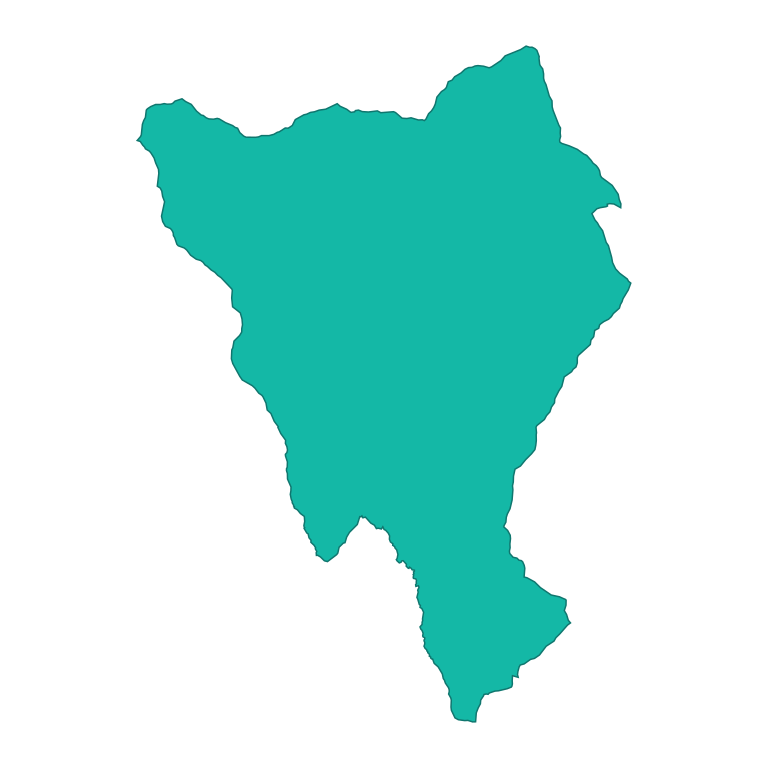 outline of Grinties, Neamt, Romania
{"feature_id": "2599482B9403430528058", "entity_name": "Grinties", "entity_type": "district", "adm_level": 2, "iso_a3": "ROU", "parent_name": "Romania", "parent_adm1": "Neamt", "projection": "orthographic", "projection_center": [25.842, 47.011], "detail": "fine", "context": "isolated", "style": "filled", "palette": "teal", "viewbox_px": 768, "rotation_deg": 0, "n_neighbors": 0, "source": "geoboundaries", "source_scale": "gbopen_adm2", "svg_char_len": 6097}
<svg xmlns="http://www.w3.org/2000/svg" viewBox="0 0 768 768"><path d="M570.5,622.9L568.3,620.3L566.6,614.6L564.3,610.6L566.0,605.2L566.1,600.2L565.7,599.6L559.5,596.8L551.2,595.0L540.4,587.6L534.6,581.9L527.1,577.8L524.1,577.0L524.8,568.3L524.2,565.3L522.6,561.7L521.3,560.6L519.0,560.2L516.9,558.1L513.1,557.3L509.7,553.4L509.4,551.1L510.1,547.8L509.9,543.9L510.5,538.6L510.2,535.2L507.6,530.4L503.8,526.9L504.1,525.5L505.9,522.1L506.3,517.3L507.4,513.9L510.0,508.8L512.1,500.0L512.9,489.8L512.5,485.8L513.3,482.0L513.5,476.1L515.0,469.2L520.5,466.0L525.7,459.6L531.6,453.7L534.9,449.6L535.8,445.2L536.3,440.6L536.2,434.7L536.5,432.8L536.0,427.3L536.8,425.6L544.4,419.5L546.5,415.6L549.9,411.9L551.5,407.0L554.5,402.8L554.8,398.8L558.9,390.8L561.8,386.4L564.2,376.9L571.6,371.7L573.1,369.3L576.0,367.0L577.3,363.0L577.3,357.8L578.2,355.5L590.3,344.5L590.9,340.2L593.7,336.7L594.7,330.4L598.7,328.3L599.6,324.9L600.5,324.0L603.8,321.6L608.6,319.2L611.3,316.7L613.3,313.6L619.4,308.1L620.4,304.6L622.0,301.8L623.0,298.7L628.3,289.9L630.8,283.1L628.5,281.3L627.3,279.0L619.6,273.2L615.6,268.9L612.6,262.7L611.6,257.2L608.4,245.6L606.2,242.4L602.6,230.7L599.1,226.0L597.5,223.0L595.0,220.0L591.9,213.6L596.8,208.8L600.1,207.7L606.1,206.7L607.5,206.0L607.2,204.2L609.6,203.6L613.9,204.0L620.7,207.7L620.9,203.9L619.2,199.4L618.2,194.3L612.2,185.4L601.6,177.5L600.4,175.5L599.5,170.7L598.2,168.2L596.3,165.7L593.0,163.1L591.0,160.2L586.7,155.4L583.7,154.0L577.4,149.4L569.1,145.8L561.7,143.4L559.8,142.0L559.6,139.9L560.6,136.5L560.2,133.1L560.5,128.0L558.9,125.3L553.1,110.4L552.2,106.9L552.0,100.8L549.3,96.1L546.0,84.6L544.3,81.2L543.6,78.2L543.6,73.9L542.7,68.9L540.3,65.7L539.7,64.3L539.0,58.2L539.2,56.6L536.9,50.4L534.9,48.6L532.1,47.2L529.7,47.3L526.1,46.1L520.8,49.5L505.2,55.8L500.9,60.6L491.5,66.9L489.1,67.8L483.6,66.2L477.9,65.6L475.0,66.0L472.1,67.3L468.5,67.6L465.0,69.3L461.0,73.0L454.7,76.7L452.0,80.2L448.3,81.7L446.3,87.6L444.4,89.6L441.4,91.6L436.9,97.1L435.3,104.0L433.7,107.6L431.5,110.9L428.6,113.7L425.9,119.2L424.3,120.6L422.4,119.8L418.5,120.0L411.1,117.8L406.9,118.5L402.1,118.2L395.6,112.6L393.6,111.7L380.8,112.7L377.4,110.9L368.4,112.0L362.2,111.6L358.5,110.1L355.4,110.6L354.6,111.8L350.9,112.4L346.6,109.2L340.2,106.3L337.2,103.7L325.7,109.2L319.2,110.1L314.4,111.8L310.5,112.4L306.6,114.2L303.9,114.8L295.3,119.6L292.3,125.5L288.2,128.2L285.2,128.0L279.3,131.8L277.3,132.3L273.9,134.3L269.1,135.6L261.5,135.6L258.6,136.9L255.6,137.3L246.0,137.2L243.7,136.1L239.8,132.6L237.6,128.2L235.1,127.4L232.7,125.6L225.6,122.7L219.2,118.9L217.2,118.4L213.5,119.2L208.8,118.9L206.2,117.8L203.3,115.5L201.3,115.1L196.6,111.2L191.3,104.4L185.7,101.6L182.0,98.8L175.0,101.1L172.8,103.3L171.2,104.0L167.1,104.2L164.2,103.6L160.3,104.5L155.6,104.5L150.7,106.6L147.4,108.8L146.3,110.1L145.4,117.5L143.7,120.6L142.4,124.3L141.3,134.9L140.5,136.6L137.2,140.5L140.3,141.5L142.7,145.1L144.7,147.2L145.4,148.8L149.5,151.2L151.1,153.2L154.1,158.0L155.7,163.0L158.5,169.3L158.8,173.5L157.3,186.2L160.2,188.0L161.8,191.1L162.6,196.4L164.6,201.7L161.5,216.2L162.7,221.6L165.4,226.3L170.4,228.5L172.0,230.4L173.2,232.8L173.4,235.7L174.6,237.5L176.9,244.3L178.3,245.8L184.3,248.0L186.7,250.0L190.6,255.2L196.2,259.2L200.7,260.5L203.0,262.2L205.1,265.0L207.4,266.4L211.1,269.9L214.9,272.3L217.8,275.4L221.0,277.6L231.9,289.1L232.3,290.4L231.7,298.0L232.6,306.8L240.3,312.9L242.0,318.9L242.5,324.9L241.8,328.4L241.7,332.1L239.6,335.5L234.0,341.1L232.8,347.8L231.8,349.9L231.4,358.8L232.8,363.6L239.8,376.4L242.3,380.0L252.3,385.7L254.9,388.1L258.8,393.2L261.9,395.3L263.1,397.0L266.0,403.1L267.2,410.0L270.9,413.4L274.3,421.4L278.3,426.7L277.9,427.4L280.8,433.6L285.6,440.2L285.4,443.4L286.9,446.6L287.5,450.0L286.9,452.6L285.4,454.3L285.5,456.0L287.4,461.8L287.2,467.3L286.5,468.7L286.5,470.7L287.4,473.5L287.5,479.0L291.0,487.0L290.9,490.7L290.3,494.4L291.2,499.1L292.3,501.7L292.2,502.8L293.6,505.1L293.6,506.1L294.4,506.7L294.1,507.4L294.4,508.1L297.4,509.8L300.4,513.5L304.3,516.4L304.7,521.5L303.9,525.5L304.2,527.2L304.7,527.7L304.1,528.4L306.8,533.0L308.1,533.8L309.0,537.8L311.0,540.2L310.9,542.3L314.1,545.3L315.6,547.8L315.3,548.8L316.8,551.5L316.2,552.7L316.4,555.4L317.6,555.3L320.4,556.9L324.4,560.8L327.5,561.6L336.6,554.7L337.8,553.1L339.1,547.2L343.3,543.1L345.0,542.7L346.7,537.0L349.5,532.3L357.3,524.5L359.8,516.6L361.0,516.8L361.9,515.9L362.9,517.8L365.4,517.1L370.8,523.1L374.4,525.2L376.4,528.6L378.2,528.2L381.4,529.0L382.8,526.8L384.1,529.5L385.7,530.3L388.2,533.1L389.6,535.9L389.4,539.2L390.4,541.9L392.9,543.8L392.7,545.3L394.7,546.6L395.0,548.0L396.7,549.9L397.9,554.4L397.1,558.6L396.3,559.6L397.1,560.9L399.3,562.9L401.0,562.3L401.9,560.8L403.2,560.7L406.4,564.3L406.2,566.2L408.2,568.2L408.9,568.4L409.6,567.2L411.3,568.4L412.1,569.8L414.4,570.2L414.4,571.2L413.5,571.9L413.9,573.7L413.2,574.4L413.6,575.1L413.2,577.5L413.5,578.4L415.8,578.9L416.5,580.4L416.2,582.2L416.5,583.3L415.6,584.7L415.9,586.4L418.4,585.7L419.0,587.3L417.7,590.2L418.2,592.1L416.9,597.4L417.8,599.3L419.3,604.5L420.4,605.4L420.0,607.4L421.8,608.5L423.6,612.2L422.5,619.0L422.7,620.4L422.1,622.3L422.1,624.4L420.0,626.9L420.8,629.1L422.0,630.4L423.1,633.3L422.7,635.9L423.1,636.9L424.7,637.7L424.7,639.2L424.2,639.7L424.0,640.8L424.7,642.2L424.7,644.0L424.0,646.2L425.1,648.4L426.6,649.7L427.0,651.1L427.7,651.6L427.8,652.8L428.9,653.5L429.6,655.5L429.3,656.1L430.7,657.0L430.7,658.0L431.5,658.9L432.6,659.0L434.2,663.4L438.1,666.8L442.3,673.9L443.3,678.6L444.4,680.1L445.4,683.1L448.5,687.7L449.2,689.8L449.2,691.9L448.6,694.0L450.8,698.0L451.3,700.1L451.0,707.1L451.4,710.3L455.0,717.9L458.3,719.7L464.7,720.6L467.9,720.4L472.6,721.9L475.6,721.8L476.3,712.8L478.2,707.9L480.4,703.8L480.7,700.1L483.6,695.7L483.9,694.5L486.2,694.0L488.1,694.3L489.3,693.0L494.9,691.1L498.5,690.8L507.3,688.7L511.3,687.1L511.9,686.2L512.4,683.9L512.2,680.8L512.5,675.7L518.2,677.3L517.5,674.6L517.9,671.5L519.1,667.0L520.2,665.0L524.2,663.9L530.5,659.4L534.5,658.4L539.5,655.0L546.2,646.2L554.0,641.1L555.9,637.7L559.7,634.0L567.5,625.1L570.5,622.9Z" fill="#14b8a6" stroke="#0f766e" stroke-width="1.5"/></svg>